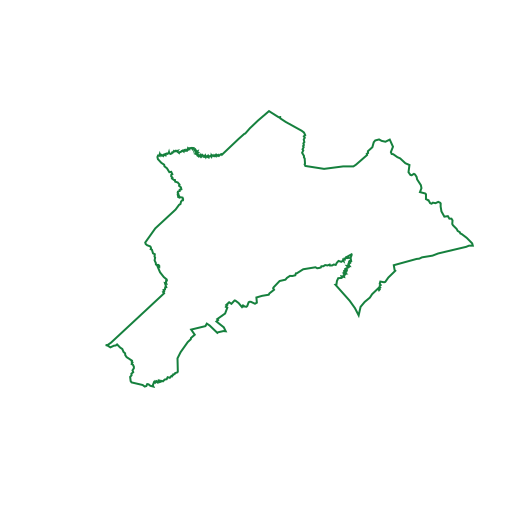 the district of Morogoro, Morogoro, United Republic of Tanzania, rotated 227°
{"feature_id": "72390352B24110633153516", "entity_name": "Morogoro", "entity_type": "district", "adm_level": 2, "iso_a3": "TZA", "parent_name": "United Republic of Tanzania", "parent_adm1": "Morogoro", "projection": "orthographic", "projection_center": [37.947, -7.052], "detail": "fine", "context": "isolated", "style": "outline", "palette": "green", "viewbox_px": 512, "rotation_deg": 227, "n_neighbors": 0, "source": "geoboundaries", "source_scale": "gbopen_adm2", "svg_char_len": 6122}
<svg xmlns="http://www.w3.org/2000/svg" viewBox="0 0 512 512"><g transform="rotate(227 256 256)"><path d="M249.9,433.2L251.3,428.6L254.5,426.4L257.3,425.5L259.2,422.0L258.9,419.7L256.2,415.3L256.3,409.3L254.9,408.2L255.2,406.7L254.1,406.1L254.6,391.3L255.1,388.3L262.2,380.7L273.3,365.2L288.2,353.5L289.9,354.1L290.2,354.9L294.1,358.1L295.4,358.3L296.4,359.3L300.0,360.1L301.0,362.6L302.3,362.8L303.1,365.1L304.3,365.4L304.5,366.7L306.1,367.5L306.3,369.0L308.7,370.4L309.2,372.3L310.9,372.6L310.8,374.4L313.6,375.3L316.5,374.8L333.6,369.2L340.2,367.6L341.1,368.4L342.0,367.2L353.1,364.3L353.7,349.8L353.6,338.7L352.9,331.7L353.3,330.7L353.5,323.1L353.3,300.1L354.1,300.2L354.5,299.3L354.5,297.3L355.5,297.3L355.3,296.4L356.8,296.2L356.4,295.2L357.3,295.4L357.1,294.3L358.2,294.1L357.8,293.3L359.5,292.7L359.1,291.6L359.8,291.8L359.3,291.2L360.2,291.3L360.3,290.1L361.5,289.5L360.5,288.5L361.3,288.2L362.2,289.0L362.3,287.9L362.8,287.7L362.5,286.8L363.5,287.2L363.1,286.5L363.8,285.7L364.7,286.6L365.5,285.5L366.2,285.6L365.9,284.6L366.9,284.7L366.3,284.0L367.5,284.0L367.0,283.2L368.0,283.3L368.0,282.2L369.1,282.5L368.5,281.9L369.4,281.7L369.8,282.5L371.3,281.8L370.8,283.0L371.3,283.3L371.9,282.9L371.3,284.1L372.1,283.9L372.5,284.7L373.0,283.3L374.3,283.4L374.3,284.1L375.4,284.3L375.4,283.1L376.1,283.9L377.0,283.4L377.5,284.0L378.3,283.2L377.9,282.5L378.9,282.7L380.0,281.1L379.5,280.3L381.2,279.9L380.5,279.0L380.7,278.5L380.2,278.4L380.6,277.7L380.1,277.3L380.8,276.4L381.8,276.5L381.7,275.9L382.3,275.9L382.7,274.9L382.0,274.3L383.1,274.1L382.8,272.9L383.3,273.6L383.5,273.3L383.4,271.8L384.3,270.6L383.9,270.0L386.4,269.6L386.5,270.2L387.1,269.0L387.7,269.1L388.0,267.7L388.8,267.6L388.4,265.6L388.9,265.3L388.5,264.4L389.0,263.0L390.4,262.7L391.3,263.2L390.8,262.3L391.0,261.0L391.7,260.9L392.2,259.8L391.2,258.5L392.2,257.9L392.7,258.5L393.1,257.6L392.5,256.3L394.1,256.0L394.1,255.1L394.9,255.5L395.5,255.4L395.5,254.7L396.1,255.0L395.3,253.6L396.3,252.9L395.6,251.4L393.7,250.3L388.6,250.3L385.4,251.1L384.0,250.2L380.9,250.7L376.4,249.8L375.4,251.4L372.9,250.6L373.2,249.5L372.1,248.3L370.3,248.3L370.0,247.4L367.4,247.9L366.9,248.5L365.5,247.6L363.2,248.9L360.4,248.8L359.8,247.6L357.4,247.9L355.7,246.9L356.5,245.4L355.6,244.6L356.3,242.8L355.8,242.0L354.3,241.5L354.5,240.8L353.4,240.1L353.1,240.7L352.5,240.7L352.0,239.4L350.8,239.9L350.7,240.7L348.8,242.1L347.3,241.5L346.6,240.6L347.1,240.0L346.9,238.3L345.5,236.1L345.9,234.7L344.8,228.8L344.9,201.2L341.4,184.2L340.0,183.5L338.2,183.7L335.1,185.2L334.1,185.0L332.9,184.3L332.8,183.7L331.4,184.1L328.2,182.5L326.3,183.2L324.8,181.4L323.6,181.1L322.0,178.9L319.1,177.9L318.2,177.1L317.4,177.1L316.0,178.6L314.7,178.5L314.2,178.0L315.7,177.6L315.6,176.9L309.5,174.7L303.5,174.2L299.8,174.7L298.9,174.2L298.7,173.5L299.1,173.3L298.3,172.2L297.0,171.6L298.2,170.9L294.4,169.1L295.0,168.2L293.6,166.6L294.2,165.2L292.7,164.6L293.0,163.5L291.4,163.3L291.5,90.9L292.1,86.7L293.4,85.3L291.6,86.4L288.5,87.2L287.3,90.9L286.2,92.4L286.1,94.1L281.7,94.2L279.2,94.8L276.2,93.7L274.1,93.9L272.7,92.8L270.3,92.4L264.0,93.9L263.4,92.9L262.4,93.1L261.8,91.4L260.2,91.8L258.2,91.1L257.2,90.1L256.6,87.7L254.8,87.0L254.9,84.6L253.6,83.6L253.4,81.5L250.0,79.0L248.4,78.8L239.0,85.1L236.4,85.6L235.7,87.1L236.5,89.1L235.4,89.9L233.1,90.2L230.5,91.9L231.8,92.3L233.3,95.4L232.3,95.7L233.1,96.8L230.9,97.6L231.8,98.2L230.2,99.0L230.9,99.7L229.5,99.8L229.2,100.2L229.8,100.8L229.0,100.9L229.0,101.8L227.8,102.5L227.9,105.0L226.8,106.6L227.6,108.7L225.7,109.9L226.0,111.6L225.3,112.4L225.8,112.9L225.4,113.9L225.9,114.7L225.1,115.8L225.5,117.0L224.5,119.2L224.9,120.1L234.7,128.8L237.1,135.3L239.6,147.4L239.6,151.5L240.4,152.6L240.2,157.5L246.4,158.4L239.2,171.2L240.1,173.9L236.8,174.7L226.1,175.3L226.1,176.2L223.3,181.0L221.6,182.5L225.8,183.8L235.1,182.4L235.0,184.6L236.3,184.6L235.0,194.2L237.8,199.8L239.3,199.3L239.7,201.3L240.5,201.0L240.5,204.8L237.8,205.4L238.1,210.0L237.4,210.5L233.5,211.2L228.3,210.9L228.5,211.6L228.1,211.4L227.6,212.4L228.0,213.0L226.7,213.3L225.4,214.4L225.4,215.5L227.2,219.1L226.9,220.1L226.0,221.0L221.8,222.7L221.3,224.8L225.4,228.0L222.7,233.3L219.0,238.9L219.5,240.3L219.0,246.2L220.8,246.6L221.1,247.7L221.6,256.2L218.6,261.4L218.9,263.7L218.3,267.3L216.6,268.9L215.1,271.6L216.1,273.3L215.5,274.1L214.1,281.5L207.2,291.8L205.3,292.4L204.2,294.0L203.4,295.6L203.9,296.8L202.6,298.2L202.2,300.4L200.3,301.9L199.5,304.0L198.6,303.6L197.2,305.2L196.7,307.1L195.1,308.2L195.9,310.4L196.1,313.0L193.6,314.4L193.3,316.4L192.5,316.5L194.0,317.4L192.9,318.5L193.8,319.0L193.0,320.4L193.7,321.1L193.5,321.6L192.0,321.6L191.6,322.3L193.1,322.9L192.1,327.0L191.6,326.8L190.3,324.3L190.4,323.4L189.8,323.7L187.5,322.2L188.6,321.1L188.3,320.2L187.1,320.7L186.7,320.4L186.8,319.2L187.5,319.1L187.1,317.9L184.8,317.6L186.7,315.8L184.7,315.8L185.7,312.4L184.6,311.7L185.1,312.8L183.7,313.0L183.0,311.5L184.0,310.8L184.8,311.2L185.0,310.5L184.4,310.3L184.3,309.6L181.9,309.8L183.2,308.4L181.8,308.4L182.1,307.3L181.5,307.1L181.7,306.5L180.7,306.1L182.8,304.7L181.6,304.2L181.6,303.6L183.7,301.0L182.5,298.1L180.3,295.4L180.8,294.5L159.5,294.0L150.4,292.8L142.6,290.6L147.5,297.8L148.3,304.2L147.9,310.9L148.9,314.9L149.0,323.3L147.1,322.7L147.2,323.7L148.3,323.9L148.2,325.2L149.0,325.1L149.7,326.0L149.7,327.4L151.3,327.5L152.5,329.5L149.4,331.8L148.9,332.9L150.0,338.1L150.2,347.8L151.2,347.8L155.3,350.5L144.3,371.5L142.7,373.6L141.8,376.5L135.9,385.3L133.6,391.0L119.4,415.9L118.3,418.8L115.7,421.6L117.8,422.7L125.5,422.5L131.8,421.4L133.1,420.8L134.4,421.3L136.8,420.6L139.0,421.2L144.2,421.0L145.6,421.4L148.0,424.0L150.0,424.4L151.4,422.9L154.3,423.5L156.3,420.6L162.1,422.0L166.3,424.8L168.5,426.9L169.3,427.0L171.3,426.2L172.2,423.3L174.4,421.7L174.5,420.1L175.9,419.4L178.8,420.1L178.8,419.3L178.8,419.7L179.7,419.8L181.7,419.1L185.2,422.4L186.3,422.4L190.9,419.5L192.8,423.3L195.4,424.9L202.2,426.1L204.3,427.4L207.2,427.9L208.4,427.5L208.9,424.9L210.0,424.2L213.3,424.7L217.9,430.3L222.0,428.5L229.1,428.0L231.9,426.8L236.8,425.8L238.1,424.8L240.0,425.5L242.5,430.7L249.9,433.2Z" fill="none" stroke="#15803d" stroke-width="2"/></g></svg>